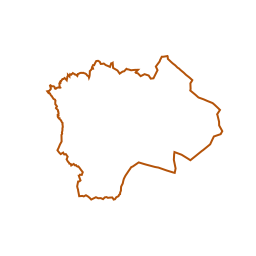 outline of Agios Nikolaos Pafou, Paphos, Cyprus, rotated 112°
{"feature_id": "46923920B40662832692624", "entity_name": "Agios Nikolaos Pafou", "entity_type": "district", "adm_level": 2, "iso_a3": "CYP", "parent_name": "Cyprus", "parent_adm1": "Paphos", "projection": "mercator", "projection_center": [32.759, 34.885], "detail": "fine", "context": "isolated", "style": "outline", "palette": "amber", "viewbox_px": 256, "rotation_deg": 112, "n_neighbors": 0, "source": "geoboundaries", "source_scale": "gbopen_adm2", "svg_char_len": 4041}
<svg xmlns="http://www.w3.org/2000/svg" viewBox="0 0 256 256"><g transform="rotate(112 128 128)"><path d="M46.7,118.1L46.5,118.4L46.9,119.0L48.6,121.8L49.3,123.4L49.7,123.4L52.8,123.7L54.4,123.6L60.6,125.2L63.3,122.3L72.4,123.0L73.7,125.4L71.6,128.5L71.9,132.8L75.2,135.7L73.6,139.4L73.9,141.3L73.6,141.8L70.3,140.5L71.4,143.1L72.3,144.9L73.3,146.7L73.5,149.3L73.8,150.6L73.7,151.6L76.8,152.8L77.8,154.2L80.7,156.1L78.6,159.3L77.9,164.3L73.4,166.6L73.6,166.7L74.3,167.8L78.1,167.6L78.0,169.8L78.0,172.2L77.3,174.6L78.2,175.9L78.8,177.3L77.2,179.0L76.9,180.9L77.8,182.5L79.9,182.8L81.8,182.9L82.4,182.9L82.7,183.9L83.2,183.9L84.4,184.1L85.2,184.1L85.5,183.0L86.1,182.6L86.7,183.8L88.3,184.1L89.6,184.7L90.3,184.4L93.2,183.4L95.1,183.0L96.0,183.0L94.9,183.8L94.6,185.5L93.7,186.9L93.5,188.3L93.6,189.0L93.6,190.3L94.1,191.0L94.4,192.2L95.4,193.5L96.2,194.0L96.7,194.7L98.7,194.5L98.2,195.8L98.1,196.7L98.3,197.1L98.2,197.4L98.0,198.2L97.8,199.6L98.2,199.6L98.8,200.3L99.9,200.6L100.1,201.2L99.9,201.8L100.6,201.8L101.3,201.9L102.1,201.6L101.2,203.6L102.1,203.2L103.1,203.5L103.3,203.4L103.5,203.4L104.3,203.1L104.8,203.1L105.8,202.9L106.7,202.7L105.4,205.5L106.8,206.3L107.2,207.1L109.5,207.6L109.9,207.6L109.9,208.1L111.3,208.3L111.8,207.7L112.2,208.2L112.6,208.3L113.5,207.7L115.1,207.1L115.9,205.9L116.1,206.1L116.5,207.8L117.4,209.0L118.5,209.5L118.9,210.1L118.6,210.7L117.8,211.2L117.3,211.9L117.2,212.7L117.9,214.3L117.4,215.9L117.9,216.2L119.6,214.8L120.6,214.2L121.7,214.5L123.1,215.0L124.2,216.6L125.3,214.9L125.4,214.3L125.0,214.1L125.3,213.1L125.9,212.6L126.7,211.5L127.1,210.4L127.9,209.5L128.4,208.7L128.9,208.0L129.1,206.3L129.8,205.5L131.1,205.2L133.2,204.3L133.8,203.2L134.4,202.2L134.7,201.9L136.0,202.3L136.5,202.3L137.1,201.1L137.3,200.4L137.5,199.9L138.6,199.0L138.9,198.8L139.0,198.9L139.8,198.3L140.3,197.9L140.8,197.7L141.1,197.8L141.4,197.8L141.8,198.0L142.0,197.4L142.4,197.1L142.5,197.3L143.1,197.7L143.3,197.5L143.8,197.4L144.2,197.0L144.5,196.6L144.6,195.9L144.6,195.6L144.9,195.7L145.0,195.6L145.2,195.1L145.3,194.5L145.5,194.1L145.8,193.6L146.0,193.0L146.2,192.8L146.3,192.6L146.8,192.3L147.2,191.7L147.6,191.2L147.8,190.9L147.9,190.5L148.6,190.3L149.1,190.2L149.7,189.7L150.5,189.4L151.0,189.1L151.5,188.8L152.3,188.8L152.9,188.6L153.5,188.5L153.9,188.2L154.6,188.0L155.3,187.8L156.9,187.6L158.0,186.9L159.3,187.1L165.4,184.5L168.9,184.9L172.3,184.9L175.0,185.1L175.3,184.7L176.6,182.5L177.4,180.6L175.1,178.9L175.8,178.1L176.4,177.2L175.5,175.9L177.2,173.2L180.0,173.2L181.7,171.1L182.3,169.6L183.0,169.1L182.8,167.6L184.0,166.6L181.7,164.9L182.5,163.2L181.9,162.3L182.5,161.4L182.7,160.4L182.2,159.7L183.1,158.0L184.4,156.0L185.9,153.4L188.8,153.3L189.3,155.1L190.7,155.3L190.8,155.6L192.0,154.6L194.4,152.4L195.6,153.0L196.3,154.2L197.9,153.9L201.1,153.3L202.6,152.3L203.9,151.2L204.9,150.7L205.6,150.2L209.5,147.7L208.1,144.9L208.0,143.4L206.1,141.8L206.5,139.4L207.1,137.5L208.1,135.3L206.1,133.5L204.2,131.8L204.3,129.3L203.2,127.0L203.3,124.5L201.0,123.5L200.1,122.0L200.3,120.5L199.3,118.7L198.3,116.6L199.4,114.8L199.7,114.5L198.9,113.4L196.6,112.9L194.8,111.3L193.1,111.2L192.3,110.6L190.8,111.1L188.7,111.1L186.6,111.9L185.0,112.4L183.2,112.3L181.5,112.1L178.6,112.6L176.6,112.8L173.1,112.5L170.3,111.9L167.4,111.3L165.3,110.8L163.2,110.4L161.8,109.1L155.9,105.2L155.4,99.8L155.2,97.8L154.0,88.2L153.3,85.0L152.9,76.4L152.3,69.4L152.1,67.9L149.8,68.3L147.7,68.7L140.9,73.2L140.3,73.6L138.2,74.3L135.6,75.2L135.0,75.4L133.2,75.8L132.9,75.9L132.8,71.6L132.7,68.3L133.9,61.3L134.5,58.1L128.8,54.9L121.4,50.8L120.7,50.3L115.1,47.2L113.8,46.5L112.7,45.9L112.3,45.7L108.1,45.5L103.7,45.2L99.0,39.8L95.6,39.4L91.6,44.3L91.4,44.5L88.1,45.9L82.5,49.9L81.9,50.5L77.4,49.6L76.8,49.5L75.7,52.1L74.0,56.5L73.2,58.9L73.2,65.1L73.1,67.8L73.1,69.0L73.3,74.1L71.9,78.0L69.9,84.3L68.3,84.6L63.2,86.9L59.9,86.3L59.5,86.3L58.2,89.9L57.0,94.1L55.8,97.1L54.5,101.2L54.2,101.9L53.7,103.2L53.5,104.6L52.2,107.7L51.3,110.9L50.3,113.6L49.9,114.5L49.0,116.9L46.7,118.1Z" fill="none" stroke="#b45309" stroke-width="2"/></g></svg>